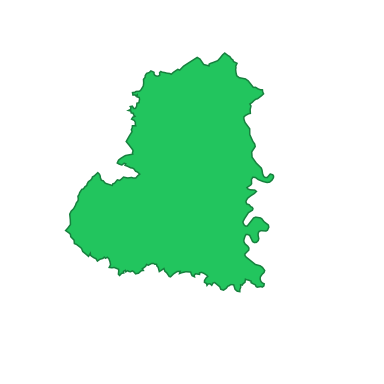 the district of Manoel Viana, Rio Grande do Sul, Brazil, rotated 227°
{"feature_id": "56859067B66108959804614", "entity_name": "Manoel Viana", "entity_type": "district", "adm_level": 2, "iso_a3": "BRA", "parent_name": "Brazil", "parent_adm1": "Rio Grande do Sul", "projection": "albers", "projection_center": [-55.572, -29.43], "detail": "fine", "context": "isolated", "style": "filled", "palette": "green", "viewbox_px": 384, "rotation_deg": 227, "n_neighbors": 0, "source": "geoboundaries", "source_scale": "gbopen_adm2", "svg_char_len": 4843}
<svg xmlns="http://www.w3.org/2000/svg" viewBox="0 0 384 384"><g transform="rotate(227 192 192)"><path d="M286.9,287.6L289.1,275.7L289.8,271.6L289.5,266.1L291.4,265.3L292.2,260.1L292.3,257.1L293.8,256.6L296.1,254.6L298.1,253.4L300.1,251.8L301.4,251.4L301.4,249.7L299.4,248.1L299.8,246.3L300.9,245.1L302.9,244.4L304.2,244.7L305.4,245.8L306.6,245.4L308.6,244.5L308.5,242.3L309.7,239.7L309.1,237.3L307.8,235.8L307.5,233.4L304.6,230.9L302.7,228.6L302.1,226.4L301.5,224.4L301.5,222.3L303.7,219.7L303.9,218.2L305.3,216.3L303.2,214.9L301.9,216.5L300.4,216.5L300.4,218.2L299.0,216.7L297.1,217.9L295.4,216.7L294.4,215.2L293.5,214.1L294.5,212.3L292.5,210.0L291.7,207.7L292.7,206.4L295.5,206.9L296.6,205.1L295.2,204.8L294.3,203.3L295.0,201.1L292.9,202.5L291.3,201.5L289.5,202.8L288.3,201.9L286.2,201.9L287.1,199.8L286.5,197.5L283.7,198.6L281.6,198.1L280.2,196.7L278.8,196.0L281.1,193.6L279.6,191.9L278.9,190.1L277.0,189.3L275.8,184.7L274.9,181.8L273.8,178.3L269.2,178.0L263.4,177.4L262.2,176.9L261.3,175.2L260.1,174.5L264.0,168.3L264.4,166.9L265.2,162.7L265.4,160.1L264.2,157.1L262.2,157.7L259.6,159.1L259.3,162.0L257.8,162.8L257.2,161.2L254.8,162.4L251.4,163.7L250.0,164.9L248.3,165.3L245.7,164.9L243.8,165.7L240.7,166.0L240.9,163.8L240.6,160.3L242.4,158.5L243.9,157.7L246.0,154.6L249.6,152.1L249.6,149.1L249.8,147.0L251.8,145.7L251.2,141.2L252.0,139.8L251.2,138.1L256.0,135.4L257.5,134.6L260.9,134.7L262.3,133.7L265.1,134.8L266.2,135.7L268.1,136.4L270.4,136.3L270.4,131.6L270.9,129.4L270.1,128.1L269.8,125.9L270.2,123.3L269.4,120.8L268.5,119.4L268.9,117.5L268.3,114.7L269.1,113.2L268.2,109.5L267.1,107.6L266.7,105.7L264.9,104.4L263.5,103.0L262.8,99.7L261.7,97.7L260.5,94.0L260.4,90.6L259.2,87.5L254.6,84.0L251.1,80.9L250.3,76.6L250.0,73.3L245.0,74.3L243.6,74.0L242.0,72.8L237.2,72.9L234.5,70.8L232.4,71.8L227.0,72.7L225.7,72.6L223.0,71.5L217.8,72.2L215.5,72.4L216.5,75.8L214.8,74.6L212.9,74.9L210.5,75.5L208.9,76.3L206.0,75.7L205.6,78.8L204.2,81.5L204.2,83.4L202.6,83.5L202.0,85.6L199.9,85.7L197.0,84.5L194.3,82.8L193.3,80.0L191.2,81.7L189.9,83.6L187.4,84.8L185.5,85.6L184.2,84.5L182.1,82.1L180.3,82.1L180.5,85.1L179.3,86.9L180.7,87.7L180.2,89.8L178.8,89.1L178.3,91.3L176.9,91.6L175.6,92.6L175.0,94.6L173.3,95.0L170.6,94.9L169.1,97.5L169.0,101.3L167.8,102.9L169.7,103.2L169.3,107.4L170.0,109.4L168.3,110.0L167.3,113.6L165.9,115.2L164.6,115.5L163.3,116.8L161.9,115.9L160.0,115.9L156.1,113.8L155.5,117.1L155.2,119.3L152.5,118.1L150.3,118.4L147.5,118.0L145.8,117.7L144.6,118.4L144.7,122.7L144.4,124.4L144.0,126.8L142.0,129.3L140.9,127.3L140.0,129.4L137.9,133.1L134.4,136.4L132.4,135.5L130.7,135.0L128.3,136.0L129.7,136.9L129.7,138.9L126.6,141.3L127.7,142.4L126.7,144.2L124.2,145.3L120.9,146.1L119.4,145.9L119.6,144.1L118.8,140.9L117.5,139.5L115.2,140.2L113.5,139.3L113.8,141.0L112.6,142.6L110.3,142.8L111.1,145.2L110.4,146.8L103.7,147.7L101.2,146.7L98.7,148.1L98.2,151.4L98.7,154.0L98.1,155.4L97.9,157.2L95.7,159.2L91.4,157.1L88.6,157.4L86.5,159.0L88.1,160.5L89.1,162.6L91.0,164.3L89.6,165.3L90.1,166.9L89.8,169.1L91.8,171.6L90.4,172.2L89.1,173.2L86.4,174.4L85.4,173.4L83.9,173.9L80.8,175.0L79.2,174.4L77.9,174.8L75.9,177.8L74.5,178.6L74.3,180.5L75.6,182.2L77.6,181.4L79.7,181.4L81.9,182.5L83.3,184.1L84.0,187.2L84.0,189.7L85.0,191.6L88.8,192.1L91.6,191.5L95.8,188.9L107.5,187.2L109.5,187.4L110.6,188.5L110.8,193.9L112.2,195.4L114.2,195.8L117.9,195.4L120.1,196.0L121.5,197.1L123.4,200.4L124.1,202.6L122.8,203.8L121.0,204.6L114.4,202.5L112.5,203.1L111.2,204.8L111.3,207.3L112.3,209.0L115.4,210.9L116.8,212.4L117.4,214.1L116.7,216.1L113.0,219.5L112.6,221.1L113.9,224.2L115.8,225.3L121.2,224.4L124.9,224.8L126.5,224.3L130.2,221.4L131.0,219.3L129.4,209.2L130.6,207.8L132.7,207.7L135.4,208.7L136.7,212.2L138.4,219.2L137.5,223.8L138.2,225.2L139.6,225.6L141.0,225.0L143.8,225.1L145.9,223.9L148.1,224.7L149.0,226.6L149.5,228.7L149.2,232.1L148.4,236.6L148.5,239.5L150.6,239.2L153.9,236.1L156.0,235.0L157.8,235.2L157.1,239.6L157.4,241.2L160.7,244.1L161.3,246.6L159.3,248.3L156.0,248.9L151.4,251.0L147.7,253.4L146.3,255.5L146.1,258.5L146.9,261.3L148.0,262.5L149.5,262.8L151.8,261.5L151.3,256.9L153.0,255.2L154.5,255.1L157.1,256.0L160.2,258.1L162.2,259.0L169.4,258.7L176.5,259.7L180.6,263.0L182.1,269.2L184.4,270.6L187.5,271.0L194.6,273.4L198.9,277.3L206.8,278.2L210.0,279.7L211.5,281.1L211.5,283.3L210.6,286.8L209.7,288.3L212.7,290.8L214.7,293.8L216.9,294.3L216.5,296.9L216.6,300.1L216.3,302.1L215.5,303.5L215.0,308.5L215.0,311.3L216.9,311.9L218.7,313.2L220.1,311.8L222.2,310.7L225.2,309.9L226.7,308.2L235.0,308.9L238.3,308.2L243.4,304.5L246.5,304.0L249.5,305.7L252.0,307.6L252.8,308.8L254.2,309.8L255.4,312.7L259.1,311.3L260.8,312.0L262.5,311.6L265.3,312.0L267.1,311.4L271.3,310.7L271.4,307.9L270.8,303.8L270.5,300.4L272.3,295.8L273.4,293.4L273.8,291.7L272.7,290.4L277.3,287.5L283.8,288.5L286.9,287.6Z" fill="#22c55e" stroke="#15803d" stroke-width="1.5"/></g></svg>